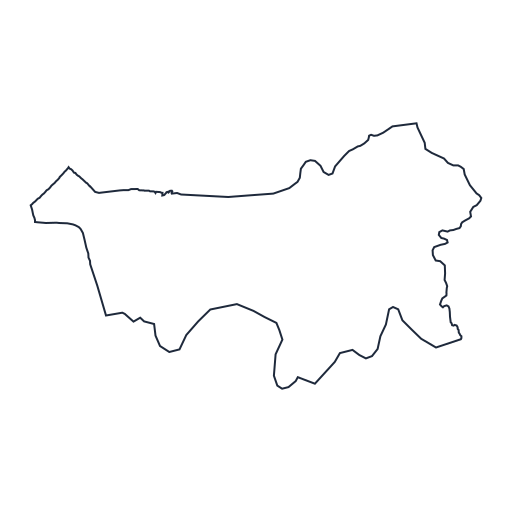 Youwarou, Mopti, Mali (Mercator projection)
{"feature_id": "8926073B44950387084983", "entity_name": "Youwarou", "entity_type": "district", "adm_level": 2, "iso_a3": "MLI", "parent_name": "Mali", "parent_adm1": "Mopti", "projection": "mercator", "projection_center": [-4.577, 15.386], "detail": "fine", "context": "isolated", "style": "outline", "palette": "slate", "viewbox_px": 512, "rotation_deg": 0, "n_neighbors": 0, "source": "geoboundaries", "source_scale": "gbopen_adm2", "svg_char_len": 3631}
<svg xmlns="http://www.w3.org/2000/svg" viewBox="0 0 512 512"><path d="M470.7,216.7L471.0,216.5L470.2,211.8L473.3,206.9L476.7,205.2L480.4,200.8L481.3,198.0L479.2,195.2L476.5,193.4L475.0,191.5L469.9,185.2L464.7,174.5L463.7,169.0L460.8,166.8L458.1,165.4L453.3,165.4L447.9,162.9L444.0,158.5L431.9,153.0L425.4,148.9L424.7,142.8L417.5,127.5L416.5,123.3L392.4,126.4L392.3,126.5L383.2,132.7L377.4,135.4L374.0,135.8L371.1,134.8L369.1,135.7L368.8,137.5L368.2,139.9L364.3,143.4L362.2,144.7L360.2,145.9L357.8,146.4L352.9,149.3L349.1,151.0L344.3,155.8L335.1,166.4L332.5,173.5L328.6,174.9L323.6,172.0L320.5,165.8L315.0,160.9L310.4,160.2L305.8,161.8L303.4,165.3L300.9,168.7L300.3,173.2L299.8,177.8L297.5,181.9L294.9,183.8L289.3,188.1L273.3,193.6L247.7,195.5L237.3,196.3L235.9,196.4L228.3,197.0L181.1,194.5L177.1,193.0L171.8,193.6L171.5,192.7L172.3,191.3L171.8,190.7L170.1,190.8L169.0,191.4L169.0,192.0L168.4,192.6L167.4,191.9L166.8,192.1L166.5,192.2L166.2,192.8L164.8,194.4L164.5,194.8L164.1,195.1L162.3,195.5L162.5,193.1L162.5,192.9L161.8,192.9L160.1,192.1L156.1,191.8L155.5,193.0L154.8,192.0L153.8,191.4L150.0,191.3L149.0,190.7L144.4,190.7L143.9,190.4L143.3,190.4L139.7,190.3L139.1,190.2L137.7,189.0L131.0,189.1L128.5,190.1L123.9,190.1L119.9,190.4L102.2,192.5L99.0,192.9L95.1,191.9L91.2,187.5L90.0,186.2L89.7,186.3L87.8,184.0L87.1,183.2L86.3,182.9L84.8,181.5L82.4,179.2L81.3,178.4L79.2,176.3L78.4,176.0L76.7,174.7L76.0,173.8L75.4,172.9L74.2,172.8L73.5,172.0L72.5,170.5L71.1,169.2L70.5,169.0L69.6,168.6L69.1,167.9L68.6,167.2L67.9,168.3L67.4,168.8L66.0,170.5L64.6,171.7L63.3,173.4L61.3,175.5L60.5,176.2L60.3,176.5L60.2,176.5L59.7,177.0L59.3,178.0L57.7,179.8L57.1,180.3L56.1,181.2L55.0,182.5L54.6,183.0L53.0,184.3L51.4,185.7L50.1,187.5L48.4,189.3L47.2,189.9L46.4,190.5L45.5,191.7L43.9,193.5L42.5,194.5L41.3,195.7L39.6,197.8L37.8,198.7L36.8,199.7L35.2,201.4L33.2,202.9L32.4,203.8L32.2,204.1L30.7,205.3L32.1,209.6L32.8,213.1L33.3,215.4L34.4,217.8L35.0,220.1L35.0,222.0L37.8,222.3L42.6,222.7L45.9,223.0L56.6,222.7L59.1,223.0L67.3,223.3L72.9,224.4L75.4,225.3L78.8,227.1L80.0,228.3L80.7,229.1L82.9,233.0L84.6,240.0L86.3,247.6L87.1,250.0L88.3,253.5L88.5,257.6L90.0,260.8L90.2,264.3L97.3,285.7L106.0,315.5L122.3,312.7L124.8,313.9L127.7,316.5L133.5,321.6L140.2,317.7L141.7,319.1L144.1,321.4L154.1,324.0L155.5,335.6L160.0,346.0L169.3,352.0L179.5,349.4L186.3,335.0L198.2,321.4L210.3,309.5L236.9,304.1L253.5,310.9L264.5,317.0L276.4,322.9L279.3,330.0L282.4,339.6L275.6,354.3L273.9,375.7L277.3,385.6L282.1,388.7L288.5,387.1L295.7,381.1L297.8,377.2L314.9,383.7L334.8,361.9L339.9,353.1L346.2,351.5L352.5,349.9L359.3,355.0L365.9,358.4L372.0,356.1L377.6,349.0L380.4,336.2L385.9,324.5L389.1,309.3L393.0,307.0L398.2,309.3L402.4,320.3L411.8,329.7L421.2,338.8L436.0,347.5L460.9,339.2L461.2,338.4L461.4,338.1L461.4,336.2L460.2,335.1L459.8,334.1L459.5,333.6L458.8,332.6L458.6,330.0L457.7,328.9L457.6,327.2L456.6,325.5L454.6,324.9L454.5,325.0L453.6,325.6L452.1,325.2L451.8,324.0L451.6,323.3L451.3,322.9L450.7,322.3L450.0,316.7L449.8,312.0L449.4,308.6L448.5,306.4L446.7,305.4L444.2,306.1L443.4,306.8L442.9,307.3L442.5,307.0L441.5,306.2L440.0,304.5L441.2,300.9L442.0,299.1L442.3,298.4L445.0,296.5L446.4,295.5L446.5,293.7L446.5,293.0L446.4,292.6L446.8,287.9L447.2,286.2L446.1,283.0L444.6,280.0L445.1,273.4L444.8,265.4L440.2,261.2L435.7,260.5L432.9,255.1L432.6,250.3L434.2,247.1L440.6,244.8L445.0,243.9L447.6,242.5L447.0,240.0L444.0,238.6L441.3,238.0L438.8,234.9L439.3,232.1L442.4,230.4L447.6,231.6L450.0,230.4L453.4,230.0L456.4,228.9L459.5,228.1L460.8,226.3L461.1,224.0L462.2,222.3L465.1,220.5L469.2,218.3L470.7,216.7Z" fill="none" stroke="#1e293b" stroke-width="2"/></svg>